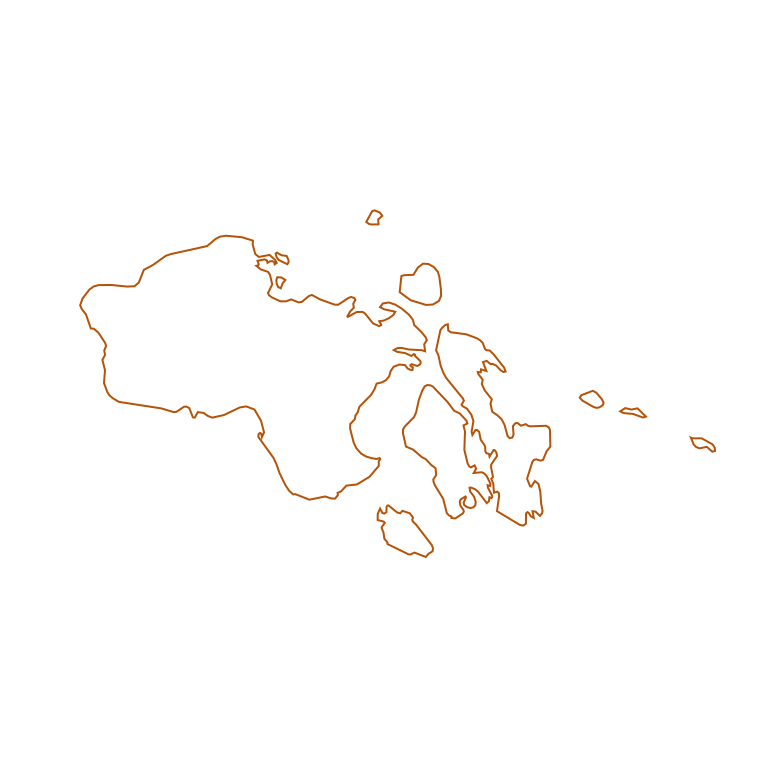 outline of Sulawesi Tenggara, rotated 323°
{"feature_id": "IDN-556", "entity_name": "Sulawesi Tenggara", "entity_type": "Province", "adm_level": 1, "iso_a3": "IDN", "parent_name": "Indonesia", "parent_adm1": "", "projection": "robinson", "projection_center": [122.493, -4.447], "detail": "fine", "context": "isolated", "style": "outline", "palette": "amber", "viewbox_px": 768, "rotation_deg": 323, "n_neighbors": 0, "source": "natural_earth", "source_scale": "10m", "svg_char_len": 6164}
<svg xmlns="http://www.w3.org/2000/svg" viewBox="0 0 768 768"><g transform="rotate(323 384 384)"><path d="M365.6,190.6L363.0,193.7L359.4,202.7L360.5,207.2L370.3,212.1L371.8,219.6L371.1,222.8L368.7,222.6L369.7,220.7L368.8,218.7L366.5,217.3L363.9,217.1L364.9,214.9L363.6,212.6L357.1,209.5L356.1,212.8L355.0,213.6L353.2,212.8L354.5,218.2L358.9,224.7L358.7,228.0L354.7,237.2L346.0,241.6L345.6,244.0L346.7,247.6L350.9,255.5L355.6,259.1L360.8,260.6L364.9,267.4L367.8,269.0L376.9,268.5L380.0,269.5L384.1,278.4L392.4,291.0L395.1,293.1L407.5,293.9L410.3,294.8L412.1,297.9L411.8,299.6L407.7,301.4L405.8,304.9L400.7,305.7L395.5,307.9L395.6,308.7L405.6,310.1L410.3,313.6L411.3,316.2L411.7,328.9L414.8,334.7L417.1,335.3L417.5,334.8L418.0,331.0L422.0,333.2L427.5,334.4L432.9,334.5L436.5,333.1L429.1,324.4L427.1,320.2L431.6,319.0L436.9,321.8L440.8,327.4L443.5,334.4L445.7,343.9L445.7,350.2L443.6,355.1L445.2,365.0L445.4,371.7L444.7,374.7L440.0,376.5L436.5,382.6L434.4,379.6L424.7,371.5L419.7,365.7L416.4,363.4L412.2,362.8L413.7,366.0L419.5,372.1L422.8,378.1L425.8,378.1L426.4,379.2L425.7,380.3L426.8,387.4L426.2,389.0L424.7,390.0L421.5,389.7L418.0,384.8L416.4,384.8L416.1,385.8L417.1,388.0L415.2,389.9L414.0,389.3L412.2,385.8L412.2,381.6L408.1,377.8L402.2,376.0L397.2,377.6L392.7,381.0L387.9,382.1L383.1,381.4L378.4,379.2L373.0,382.6L367.1,384.9L350.6,387.4L345.8,390.9L342.6,391.8L339.3,394.6L332.9,395.7L330.0,399.4L324.5,412.6L323.3,418.6L323.8,425.7L326.1,431.2L329.4,435.7L332.9,439.4L335.9,440.5L335.9,441.7L333.3,442.6L330.5,446.3L316.5,449.4L301.8,447.9L292.8,442.5L285.2,443.9L281.4,443.0L280.3,445.0L276.0,446.1L273.3,444.0L269.3,438.4L254.8,431.5L246.9,418.6L245.0,417.5L244.0,412.1L244.4,405.4L246.9,392.5L250.0,382.8L251.3,376.1L251.8,350.6L253.7,348.5L255.6,348.5L256.1,349.7L254.6,352.9L259.1,350.4L263.7,339.2L265.2,326.5L260.5,319.0L254.9,316.0L237.3,312.4L226.6,307.5L224.1,303.5L222.5,298.5L218.4,294.4L212.7,297.0L211.3,295.6L214.0,286.1L212.6,283.1L210.5,281.8L201.4,281.3L199.2,279.9L191.4,269.4L161.6,238.8L158.9,232.4L157.9,227.7L158.2,223.9L160.9,214.8L169.5,205.0L173.6,195.3L178.7,192.9L180.7,188.9L184.9,186.4L186.0,183.6L186.8,171.0L185.5,165.2L183.3,163.2L187.9,149.0L187.7,142.5L188.7,138.3L194.6,134.3L205.5,131.3L210.9,131.4L215.7,133.3L225.9,140.9L237.6,151.7L243.6,155.8L249.3,155.4L260.9,148.3L271.1,149.9L286.8,150.3L291.8,151.9L325.8,167.4L336.8,166.8L341.7,167.6L346.9,170.4L358.9,181.3L365.6,190.6ZM475.4,505.9L488.3,514.9L489.5,517.8L488.8,520.7L479.2,534.1L473.3,535.6L465.4,540.3L463.0,539.5L460.2,535.7L458.1,534.8L455.6,535.5L441.3,545.7L439.1,553.7L439.8,554.6L446.1,552.3L447.2,556.8L444.2,563.8L437.4,574.3L434.4,580.6L432.4,582.4L429.2,583.2L428.2,577.1L426.0,575.0L423.0,581.1L421.6,578.1L422.0,574.3L421.5,572.7L419.6,572.8L413.2,581.0L410.0,580.9L407.7,578.3L397.7,553.5L408.6,542.7L410.0,540.4L409.7,538.2L406.4,537.0L411.3,529.3L412.6,524.3L415.1,523.8L419.4,515.0L421.0,512.9L431.0,509.5L432.6,506.2L432.5,503.3L431.8,502.7L424.6,505.5L425.8,503.0L424.1,500.8L424.4,498.8L426.8,495.4L427.5,493.2L427.7,486.7L431.2,479.4L430.6,476.7L429.3,475.8L423.9,477.9L425.2,474.9L433.1,467.4L435.3,461.1L435.4,453.7L433.4,448.8L433.5,447.2L437.7,445.4L438.3,443.3L437.3,416.3L438.3,410.0L440.3,403.4L444.6,394.1L445.9,388.4L461.5,374.9L464.6,374.0L468.5,373.8L470.9,374.7L467.5,379.9L468.4,382.8L479.6,393.8L485.6,403.2L487.0,406.7L487.6,410.4L485.7,416.9L486.0,418.5L488.6,420.9L489.4,426.3L489.8,443.1L488.6,447.2L486.6,446.3L485.4,443.1L484.7,436.7L482.9,433.4L481.0,432.2L479.9,427.3L476.2,426.1L473.6,435.2L470.3,430.7L468.3,432.9L466.1,430.9L465.3,432.9L465.4,440.0L462.1,442.9L460.6,449.6L460.9,461.1L457.3,463.7L453.7,471.3L455.6,476.7L456.7,482.8L455.7,489.0L451.4,500.0L451.7,502.8L454.2,504.0L457.1,502.3L461.6,495.2L465.4,494.4L467.1,495.5L468.3,499.7L473.1,501.4L473.8,504.0L475.4,505.9ZM426.8,453.2L427.8,462.7L426.8,465.7L422.6,464.9L420.0,470.8L408.5,485.0L402.9,498.0L402.5,501.4L403.3,502.9L407.4,503.5L406.6,507.1L402.1,509.0L409.1,513.4L410.3,516.1L410.6,519.8L409.0,527.6L407.4,529.3L405.8,527.2L404.6,529.4L403.1,538.5L402.1,539.6L401.1,539.7L400.1,537.9L397.2,540.8L394.4,541.0L394.3,526.6L393.4,522.8L391.2,519.1L389.9,518.3L388.1,521.6L388.1,528.3L386.1,533.7L383.8,535.8L381.2,536.3L378.6,535.2L376.4,532.6L375.2,528.9L376.2,526.7L381.3,523.8L381.3,522.8L375.6,522.3L373.5,523.8L371.8,527.1L371.7,532.1L370.9,534.0L369.0,534.8L360.1,534.3L357.2,531.6L358.2,530.5L356.7,527.8L356.5,524.8L362.2,511.2L363.7,495.6L364.6,492.2L365.9,489.9L370.9,488.1L374.5,482.3L373.0,477.3L372.1,469.0L370.2,465.2L367.8,454.0L363.9,447.2L369.4,435.0L371.7,431.8L374.8,430.5L388.1,428.5L392.4,426.1L402.5,417.5L410.4,412.4L415.1,410.4L418.0,410.9L420.3,413.0L421.5,415.5L423.9,436.2L423.9,447.5L426.8,453.2ZM326.8,502.8L326.8,508.2L324.8,509.4L324.3,511.2L325.0,515.6L325.2,541.6L324.3,544.6L322.2,546.8L317.3,546.4L313.3,547.3L306.9,537.0L302.5,536.0L301.1,534.8L290.5,514.0L291.4,512.4L291.2,507.8L294.3,502.1L295.3,498.0L296.0,496.9L301.0,495.4L301.0,493.8L297.1,488.8L300.8,484.0L305.9,481.1L305.1,486.1L306.3,487.7L308.8,487.8L312.0,483.8L313.4,483.1L314.5,483.7L317.2,494.5L319.1,497.0L322.4,496.4L326.8,502.8ZM487.6,311.4L491.8,315.0L494.2,320.7L494.5,326.9L492.5,332.1L486.5,342.5L482.7,347.9L478.0,350.7L471.0,350.0L465.1,346.1L455.7,333.1L451.8,320.1L462.8,308.3L465.4,309.1L473.2,314.5L481.1,311.4L487.6,311.4ZM534.9,511.7L546.7,515.1L548.4,518.9L548.8,527.4L548.1,531.1L546.1,532.6L542.0,532.3L539.4,531.0L537.6,528.6L532.5,516.8L532.1,512.7L534.9,511.7ZM605.0,618.6L610.1,630.0L609.7,634.2L608.0,636.7L605.5,635.7L604.0,628.5L597.2,625.2L595.3,622.0L594.9,618.8L596.8,611.5L597.7,613.1L605.0,618.6ZM483.8,244.4L483.8,248.7L478.5,249.0L475.7,253.2L469.9,249.0L468.2,246.9L467.4,243.9L478.6,238.8L481.0,239.7L483.8,244.4ZM566.2,553.3L571.8,556.0L573.6,567.7L570.6,566.6L564.9,557.8L557.7,551.3L556.2,548.0L562.1,548.4L566.2,553.3ZM379.7,219.6L383.3,223.1L382.4,227.3L381.1,229.3L378.9,230.2L374.5,221.5L374.6,217.9L375.9,214.6L377.5,214.6L379.7,219.6ZM363.0,234.5L366.2,237.2L367.8,241.6L363.8,242.5L359.1,245.5L357.8,242.6L358.7,239.2L360.7,236.1L363.0,234.5Z" fill="none" stroke="#b45309" stroke-width="2"/></g></svg>